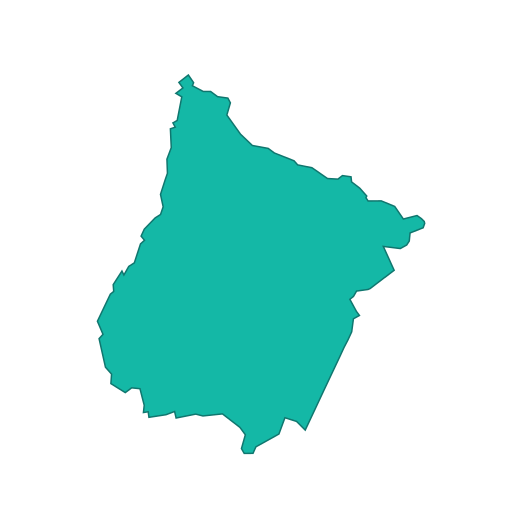 the district of Berkeley, South Carolina, United States of America, rotated 257°
{"feature_id": "52423323B42356104193293", "entity_name": "Berkeley", "entity_type": "district", "adm_level": 2, "iso_a3": "USA", "parent_name": "United States of America", "parent_adm1": "South Carolina", "projection": "mercator", "projection_center": [-79.914, 33.162], "detail": "fine", "context": "isolated", "style": "filled", "palette": "teal", "viewbox_px": 512, "rotation_deg": 257, "n_neighbors": 0, "source": "geoboundaries", "source_scale": "gbopen_adm2", "svg_char_len": 1557}
<svg xmlns="http://www.w3.org/2000/svg" viewBox="0 0 512 512"><g transform="rotate(257 256 256)"><path d="M447.6,230.8L442.5,219.9L436.2,222.6L432.5,214.5L427.8,219.5L405.8,209.7L404.4,205.0L399.7,206.3L399.2,201.2L380.6,197.8L370.4,191.0L356.5,188.3L351.1,184.9L337.5,176.8L324.8,176.6L317.9,172.3L315.8,166.3L307.3,153.2L301.2,148.5L296.4,150.9L293.8,146.2L276.7,135.9L274.5,129.7L267.2,123.0L271.5,122.0L260.2,110.4L253.5,109.4L251.6,105.5L228.1,86.8L214.1,89.3L210.8,84.5L181.5,84.3L173.4,88.7L164.3,85.9L152.3,97.9L155.5,105.2L152.8,113.1L135.7,113.5L128.8,111.1L128.5,115.9L122.9,115.4L121.6,132.6L122.8,141.7L116.1,141.7L115.5,161.7L112.1,168.3L109.7,187.8L92.6,201.8L84.2,205.4L71.6,198.5L66.3,200.1L64.4,208.7L70.1,213.0L77.4,238.3L91.9,247.8L85.7,258.3L75.3,264.8L94.5,279.9L110.7,292.6L139.2,315.1L147.2,321.3L153.4,326.6L160.6,332.2L172.9,336.8L174.8,343.4L179.4,341.4L192.7,337.7L194.7,341.9L199.2,346.1L198.2,357.6L198.6,359.9L200.6,364.3L201.8,366.9L206.2,376.6L206.2,376.8L208.7,382.3L211.0,387.4L218.3,385.9L221.9,385.2L236.7,382.2L230.8,398.3L232.8,405.3L236.1,408.7L243.8,411.3L245.9,425.2L249.8,427.7L251.8,427.7L255.2,425.6L259.2,422.0L258.9,407.9L273.1,402.3L281.5,390.5L284.4,377.6L288.1,376.2L289.5,377.4L298.7,372.4L306.7,365.8L311.8,366.4L314.9,358.3L312.5,353.1L315.4,343.1L329.4,330.4L335.4,317.1L340.2,314.5L352.2,297.1L358.1,292.1L364.5,277.3L378.2,268.3L399.9,259.3L411.0,265.5L416.2,264.1L419.9,254.4L426.5,248.8L428.2,241.6L436.2,232.3L438.9,234.2L447.6,230.8Z" fill="#14b8a6" stroke="#0f766e" stroke-width="1.5"/></g></svg>